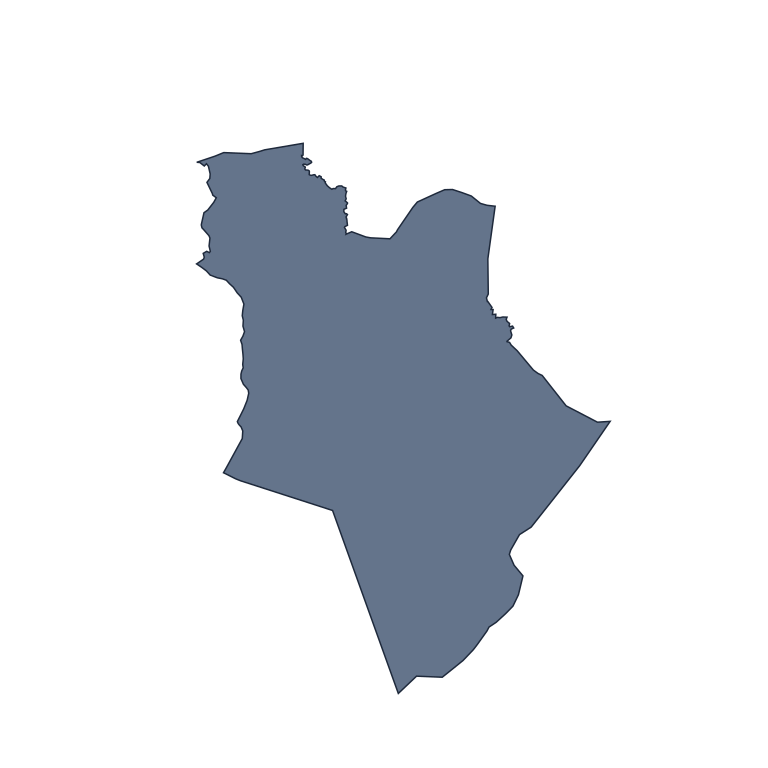 outline of Santos Reyes Yucuná, Oaxaca, Mexico, rotated 61°
{"feature_id": "50627088B24821438412486", "entity_name": "Santos Reyes Yucuná", "entity_type": "district", "adm_level": 2, "iso_a3": "MEX", "parent_name": "Mexico", "parent_adm1": "Oaxaca", "projection": "natural_earth1", "projection_center": [-98.034, 17.773], "detail": "fine", "context": "isolated", "style": "filled", "palette": "slate", "viewbox_px": 768, "rotation_deg": 61, "n_neighbors": 0, "source": "geoboundaries", "source_scale": "gbopen_adm2", "svg_char_len": 3121}
<svg xmlns="http://www.w3.org/2000/svg" viewBox="0 0 768 768"><g transform="rotate(61 384 384)"><path d="M282.4,200.6L277.6,207.3L272.8,212.1L261.9,216.5L254.3,223.1L247.1,229.8L243.5,236.7L242.6,245.8L241.0,266.6L243.5,273.1L255.4,296.9L255.6,297.3L257.0,299.4L257.3,300.2L257.4,300.7L259.9,308.4L259.8,308.7L259.5,309.0L249.7,324.8L246.6,328.6L235.2,338.4L234.6,344.5L234.1,343.9L233.1,344.1L232.4,343.7L231.9,343.1L231.1,342.6L227.9,342.7L227.4,342.0L227.5,339.0L223.8,337.5L222.4,336.8L221.4,336.8L221.0,336.3L220.2,336.4L219.5,336.2L218.1,333.8L216.9,334.2L216.4,335.3L213.8,335.6L211.8,334.4L212.1,331.5L209.4,330.5L208.4,328.4L207.8,328.1L205.0,329.2L203.7,327.3L201.1,326.6L199.0,325.0L197.4,323.2L196.4,323.9L195.7,323.7L194.1,322.3L191.8,324.4L190.3,324.9L188.9,327.4L188.6,329.6L189.6,331.7L188.4,333.7L188.4,335.2L185.9,336.5L183.1,337.5L179.5,337.9L178.8,337.2L177.7,337.8L176.6,337.4L176.0,337.9L173.7,339.2L172.2,338.5L170.4,339.7L171.1,342.1L169.4,342.8L167.4,343.0L166.9,344.1L166.4,346.2L165.7,347.2L164.6,347.9L162.1,346.3L161.3,346.1L160.2,346.7L158.7,348.9L157.7,349.0L157.1,348.7L156.5,347.9L156.0,347.7L153.8,348.8L152.8,348.6L152.8,347.6L153.7,346.3L154.9,345.5L155.3,344.7L155.3,340.7L154.9,339.7L153.6,339.7L153.0,340.2L149.8,341.6L149.0,342.5L149.5,343.4L149.5,343.8L148.6,344.2L146.5,345.7L145.2,345.8L144.2,345.3L144.8,344.7L144.5,343.8L134.3,338.0L121.4,374.6L120.9,377.0L120.5,379.0L120.0,381.2L118.2,388.5L103.9,412.0L102.8,421.3L99.3,440.3L101.0,437.7L106.2,435.5L105.3,432.5L108.4,432.0L116.0,434.2L119.8,436.7L121.8,441.1L134.2,441.8L135.8,442.2L139.8,440.4L142.6,444.9L146.4,453.8L146.9,458.4L155.9,466.4L156.6,466.8L159.2,467.5L161.5,466.9L169.4,465.2L172.0,465.5L178.5,470.1L183.8,471.6L184.4,473.1L182.0,474.7L182.1,478.8L185.9,479.7L187.3,481.2L188.1,489.7L193.8,486.8L199.0,484.5L204.5,483.2L210.3,478.3L213.7,474.3L216.8,471.6L221.4,470.5L226.4,468.8L233.1,468.2L238.9,466.8L246.2,467.8L251.3,471.9L255.6,474.9L260.0,476.1L265.0,479.3L270.6,480.6L273.8,484.3L276.2,488.2L280.6,489.0L284.8,490.9L289.5,492.9L293.8,494.9L298.4,498.1L301.6,499.3L303.6,502.1L306.0,504.3L309.9,506.5L316.1,507.1L320.1,506.2L323.4,505.7L326.5,506.8L331.9,511.6L337.7,518.7L341.7,524.5L344.0,527.9L345.8,530.5L347.9,530.7L349.9,530.4L352.2,529.8L356.6,530.3L363.0,534.4L380.3,561.7L383.8,567.4L394.9,559.8L399.2,556.3L469.7,490.3L661.6,521.5L655.3,497.2L668.7,475.2L664.9,453.2L664.1,448.8L659.7,434.7L657.0,428.5L649.9,413.6L647.5,410.0L646.8,401.4L643.8,388.9L640.8,378.9L633.5,368.6L619.2,355.5L605.6,358.1L593.8,357.0L590.6,353.6L581.4,338.5L580.5,324.6L550.3,252.4L526.3,204.3L520.9,215.8L491.4,235.3L453.2,241.5L449.4,244.2L444.2,246.6L419.4,251.4L415.1,252.8L411.6,253.9L408.5,254.0L406.6,255.9L406.2,255.6L405.2,250.6L403.1,248.4L398.8,247.5L397.7,246.2L397.9,243.4L395.7,243.5L394.8,246.3L393.8,246.4L392.0,244.8L388.9,246.0L386.7,245.8L385.2,244.0L383.0,247.6L382.2,250.4L380.7,252.5L380.5,254.4L377.2,252.4L375.8,255.5L371.8,252.5L370.7,254.3L369.4,252.4L362.2,253.2L362.0,253.6L358.3,252.6L355.9,249.2L324.9,232.5L282.4,200.6Z" fill="#64748b" stroke="#1e293b" stroke-width="1.5"/></g></svg>